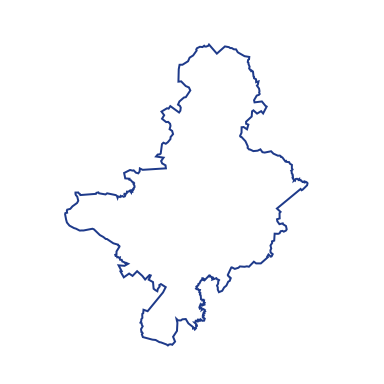 Kalvenes pag., Aizputes, Latvia (Mercator projection), rotated 321°
{"feature_id": "27541924B69386749223105", "entity_name": "Kalvenes pag.", "entity_type": "district", "adm_level": 2, "iso_a3": "LVA", "parent_name": "Latvia", "parent_adm1": "Aizputes", "projection": "mercator", "projection_center": [21.699, 56.611], "detail": "fine", "context": "isolated", "style": "outline", "palette": "blue", "viewbox_px": 384, "rotation_deg": 321, "n_neighbors": 0, "source": "geoboundaries", "source_scale": "gbopen_adm2", "svg_char_len": 6066}
<svg xmlns="http://www.w3.org/2000/svg" viewBox="0 0 384 384"><g transform="rotate(321 192 192)"><path d="M176.9,278.7L180.4,280.1L182.4,280.0L185.8,283.2L187.9,284.3L189.2,285.9L196.2,285.1L196.9,287.8L200.6,290.8L209.9,290.4L209.7,289.6L212.1,288.7L212.6,291.9L213.4,292.1L215.6,291.1L215.0,288.5L216.3,286.6L218.0,285.8L219.3,283.0L222.3,282.0L223.1,280.7L225.3,281.5L230.0,276.4L232.6,278.7L234.1,279.2L236.2,278.3L237.9,279.2L238.4,280.6L240.8,281.1L242.1,280.6L243.6,277.6L242.5,274.4L242.8,273.5L239.7,272.0L239.9,268.5L240.9,266.7L243.5,267.7L246.7,263.5L248.3,263.2L247.6,258.3L278.3,258.0L278.3,259.6L279.4,259.8L285.7,259.2L287.3,257.9L287.4,257.3L287.0,256.0L286.0,255.7L286.4,255.1L286.0,254.4L285.2,254.8L284.2,253.8L284.1,252.0L283.6,251.5L283.9,250.8L282.6,250.0L283.3,249.3L282.4,249.2L281.9,247.8L280.8,247.2L279.9,247.1L280.0,247.5L279.2,248.0L279.0,247.3L278.3,247.3L279.1,246.7L278.8,245.1L279.5,244.4L279.3,244.0L280.5,243.2L280.5,242.5L281.3,241.7L281.2,240.4L282.5,238.6L282.5,237.9L284.3,237.8L284.6,236.3L286.7,233.8L285.9,231.6L286.3,230.0L284.3,227.9L284.6,227.1L283.8,226.9L284.0,221.9L283.2,220.7L283.5,220.4L283.2,219.0L281.6,217.8L279.4,213.4L279.1,210.1L273.3,207.1L271.8,205.4L272.0,201.9L269.0,201.2L265.4,198.8L263.8,195.4L263.2,195.0L263.0,192.7L264.1,191.6L265.5,186.2L265.1,180.4L264.5,179.7L264.6,178.7L267.8,177.1L271.3,172.9L273.0,174.0L274.2,177.9L278.2,175.1L277.0,173.0L278.3,171.4L285.9,170.9L289.5,167.1L291.1,167.2L291.9,172.0L296.6,172.7L296.7,175.7L303.8,172.6L303.3,171.2L303.3,165.6L297.0,161.7L298.0,159.7L303.0,157.8L305.1,158.6L306.3,158.4L306.8,156.9L307.9,156.1L309.2,153.8L309.4,150.2L310.7,150.0L313.3,147.9L311.0,147.0L312.7,144.7L311.8,142.7L312.7,141.5L312.5,141.0L315.1,136.9L315.1,136.2L314.6,135.9L314.7,135.4L314.2,135.2L314.6,134.7L314.5,133.9L314.0,133.5L314.2,131.9L315.6,130.9L316.5,128.0L317.2,127.2L317.1,126.1L318.7,124.7L319.8,124.8L321.5,123.1L318.3,119.5L315.8,113.1L315.5,112.1L316.0,108.9L314.3,107.4L313.5,105.2L312.3,104.2L311.8,102.6L309.2,99.6L298.4,100.1L298.0,88.1L296.6,88.6L294.5,87.9L293.6,87.1L293.5,86.0L291.4,86.0L289.5,84.1L286.4,83.4L285.0,83.9L284.6,85.0L278.8,86.6L274.7,86.1L271.2,87.9L264.7,87.1L262.4,85.3L259.0,88.2L250.9,97.7L253.2,99.2L253.8,105.7L255.4,108.8L254.6,112.0L246.9,114.4L245.2,113.5L239.2,113.7L236.1,115.3L236.8,117.3L236.4,119.3L234.1,121.5L232.0,122.1L229.2,111.6L226.3,112.5L225.3,111.2L218.9,110.3L218.7,114.8L214.8,116.2L215.9,121.4L217.6,122.5L217.9,125.2L216.9,127.1L214.1,129.1L215.0,132.0L213.7,135.1L210.0,135.8L208.5,137.3L204.5,138.1L202.0,138.0L200.8,135.7L198.8,135.9L191.9,142.4L190.6,142.4L188.9,141.3L186.4,141.8L191.5,147.4L187.5,148.5L186.8,151.0L188.2,154.6L186.6,157.2L167.6,143.7L166.3,140.9L164.2,143.1L162.0,143.7L160.6,141.7L160.3,138.5L159.3,138.0L157.7,135.9L151.2,134.5L148.7,139.4L151.7,142.3L151.0,142.8L151.9,144.5L152.0,147.4L152.6,147.7L152.6,148.7L151.5,149.2L151.3,150.7L150.5,152.0L148.6,152.4L148.6,153.0L147.3,153.5L146.6,153.5L147.0,152.8L146.5,152.7L145.7,154.4L144.9,154.1L144.9,153.3L144.4,153.9L144.4,151.8L142.7,151.7L141.7,150.8L140.7,151.8L139.3,151.8L138.4,150.9L138.0,151.2L138.5,152.3L137.1,153.1L135.9,152.7L135.4,151.4L134.2,151.0L134.1,150.2L132.9,150.6L131.7,148.9L130.5,149.7L131.2,147.8L130.8,146.4L125.2,139.6L123.3,139.5L118.9,134.5L119.0,133.4L117.2,132.5L116.2,133.0L103.3,124.1L103.6,122.8L103.2,122.0L103.3,120.8L101.1,119.1L100.2,120.2L99.8,121.4L99.9,123.4L98.1,127.2L95.8,128.2L90.1,127.9L86.8,128.5L83.9,127.2L82.9,127.8L81.9,129.5L80.3,128.7L79.4,129.4L76.8,134.2L75.6,137.0L75.6,141.0L77.6,145.8L78.7,147.4L80.4,151.2L83.6,153.7L91.5,157.9L92.3,159.3L93.3,167.5L94.8,171.2L95.4,174.2L96.3,175.0L98.6,182.4L101.4,186.4L101.0,187.0L101.6,188.1L101.3,188.8L95.9,190.7L94.2,192.8L92.8,192.5L92.4,193.7L93.1,194.4L92.8,195.7L93.6,196.0L93.9,197.2L94.7,197.5L94.0,198.1L93.5,199.5L94.7,200.5L94.1,202.1L95.1,203.8L95.3,205.6L96.1,205.4L97.2,207.6L93.1,206.9L88.8,202.8L87.5,209.3L86.4,208.7L85.3,215.4L91.8,215.8L93.0,219.8L99.5,219.0L100.6,225.9L100.5,230.5L106.7,229.8L107.4,230.9L103.2,232.9L105.0,237.5L101.3,243.0L101.8,245.2L102.6,247.3L104.5,245.8L107.4,245.1L108.0,243.8L109.9,244.0L111.7,249.4L106.3,251.8L82.5,256.7L80.2,253.0L77.8,255.5L76.8,255.4L75.9,256.3L74.2,258.6L72.5,259.0L71.4,260.3L69.7,261.1L70.3,262.2L69.4,263.7L69.2,265.3L66.1,266.5L64.6,268.9L64.9,269.2L64.8,270.7L63.5,271.0L62.5,273.8L68.3,281.8L70.6,284.1L72.2,288.2L73.2,289.3L76.3,294.6L76.7,296.1L78.3,296.1L79.8,297.1L80.5,298.3L84.7,297.6L86.2,292.6L92.9,290.5L98.3,284.5L100.1,280.9L100.4,283.0L102.5,284.8L104.4,284.9L107.2,286.8L106.5,291.8L107.8,297.5L106.9,298.7L108.7,299.4L107.9,299.7L107.7,300.6L109.2,300.4L109.1,299.6L111.6,299.2L111.9,298.6L111.4,298.0L112.1,297.4L111.8,295.0L112.5,295.6L113.8,294.5L115.0,296.3L115.7,296.1L115.0,295.3L116.2,294.8L116.9,295.5L116.1,296.4L117.5,297.3L118.5,296.5L119.1,298.7L120.5,299.6L121.9,298.6L121.6,298.4L122.0,297.5L121.5,296.5L122.3,296.2L122.3,295.3L123.3,295.3L123.1,294.5L123.7,293.9L125.1,294.2L125.2,293.1L126.8,293.1L126.6,292.5L128.5,291.6L127.8,291.7L127.0,289.9L125.7,289.8L126.2,289.5L125.9,289.0L126.4,287.9L124.7,287.6L125.1,286.3L127.6,284.9L127.4,285.7L129.1,285.5L129.4,286.2L129.1,286.8L130.9,287.4L131.3,286.8L130.6,286.2L132.0,285.9L131.6,285.3L133.1,283.9L132.1,283.1L132.8,282.7L131.6,281.6L131.5,281.0L133.8,277.7L133.5,276.9L133.8,276.3L134.9,275.8L134.6,274.4L136.4,273.2L135.4,272.4L135.7,271.5L134.6,270.6L134.3,269.6L136.2,269.0L136.1,268.3L138.3,268.4L139.1,267.5L140.2,267.8L142.9,266.5L144.9,266.4L145.7,265.5L146.0,265.7L145.5,266.4L146.2,266.3L146.6,267.1L145.6,267.8L146.0,268.5L152.6,267.7L152.4,268.5L153.3,268.7L153.0,269.3L153.9,270.5L153.3,271.5L154.4,271.9L154.2,272.5L153.1,273.0L156.7,274.3L156.6,275.7L157.5,277.1L157.6,277.5L156.1,278.0L154.6,279.7L152.5,280.5L152.0,282.4L150.6,284.1L149.9,286.8L153.3,287.8L156.9,286.4L159.8,286.4L163.7,284.5L165.4,284.8L167.9,283.3L167.4,282.0L167.8,281.6L167.3,279.6L167.6,279.0L175.0,275.4L175.5,275.6L176.9,278.7Z" fill="none" stroke="#1e3a8a" stroke-width="2"/></g></svg>